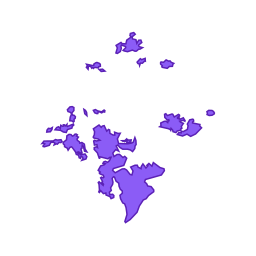 the district of Tongyeong-si, South Gyeongsang, South Korea, rotated 157°
{"feature_id": "91817680B95262291256995", "entity_name": "Tongyeong-si", "entity_type": "district", "adm_level": 2, "iso_a3": "KOR", "parent_name": "South Korea", "parent_adm1": "South Gyeongsang", "projection": "mercator", "projection_center": [128.349, 34.792], "detail": "fine", "context": "isolated", "style": "filled", "palette": "violet", "viewbox_px": 256, "rotation_deg": 157, "n_neighbors": 0, "source": "geoboundaries", "source_scale": "gbopen_adm2", "svg_char_len": 5943}
<svg xmlns="http://www.w3.org/2000/svg" viewBox="0 0 256 256"><g transform="rotate(157 128 128)"><path d="M161.8,42.9L152.6,46.9L148.0,51.8L142.0,55.8L138.9,55.8L135.5,57.8L129.2,59.3L128.5,60.9L129.6,65.0L132.5,66.9L132.6,69.6L133.8,71.9L132.1,73.8L115.6,71.7L111.2,74.5L110.8,76.4L114.0,79.1L118.2,86.3L120.9,83.5L122.6,87.2L125.2,86.3L124.5,85.4L127.1,84.2L128.3,89.1L130.8,87.4L131.9,85.5L134.0,88.0L134.0,90.1L136.1,91.0L140.8,91.0L140.2,86.5L142.7,83.3L144.2,84.4L145.7,89.9L147.1,91.8L149.4,92.6L157.3,91.8L158.7,95.0L157.3,96.4L146.5,95.2L141.0,100.7L142.1,103.2L144.2,102.8L146.1,107.0L148.4,107.9L152.0,107.2L151.8,110.8L147.8,112.9L145.6,110.4L145.9,116.1L144.0,116.3L143.1,113.3L141.2,110.6L136.8,108.7L134.5,107.0L133.0,104.5L129.8,106.4L128.5,108.7L127.0,109.6L125.6,113.4L125.4,116.5L128.7,112.9L130.4,112.7L134.5,113.6L142.7,117.4L142.0,122.2L137.2,126.2L139.3,126.9L142.0,129.4L142.9,126.7L144.4,127.3L146.7,130.1L145.7,133.4L146.5,134.3L148.8,133.4L149.0,139.5L150.9,139.8L152.4,139.1L153.5,142.1L160.2,140.8L160.2,137.7L161.7,134.9L163.6,133.2L163.3,132.1L159.8,129.6L158.6,127.7L162.2,128.4L163.6,129.8L164.7,129.4L165.6,125.4L163.1,124.8L163.7,122.0L164.4,123.0L166.7,123.2L167.5,121.5L165.9,117.1L166.3,111.5L165.9,111.2L165.0,112.4L158.4,107.4L156.3,108.1L155.0,107.7L157.8,105.2L160.2,104.4L161.9,106.2L163.8,106.2L164.9,105.2L162.9,104.0L164.4,103.4L168.0,103.8L172.0,100.7L170.8,98.3L172.0,97.8L171.7,96.7L169.2,94.2L169.3,92.3L170.5,91.9L171.6,93.1L172.7,92.8L172.3,88.8L173.2,88.3L172.5,85.8L173.3,84.9L175.6,89.8L176.7,89.4L176.7,87.4L178.6,81.9L179.9,80.6L179.5,79.8L177.6,81.0L176.3,77.2L173.8,76.8L174.4,74.9L171.4,71.9L171.2,69.6L168.3,69.6L167.4,71.3L168.0,73.0L170.8,73.8L170.2,76.2L167.8,77.0L167.4,79.7L164.2,82.1L163.0,84.0L162.3,87.8L160.4,88.8L159.6,88.0L159.8,83.8L158.1,80.8L159.0,77.8L159.0,74.5L157.9,72.4L158.7,70.2L161.7,69.2L162.5,65.8L162.1,61.1L160.7,59.5L160.9,55.5L162.3,50.2L162.8,48.7L167.4,43.2L167.2,41.9L161.8,42.9ZM178.8,115.9L177.1,117.7L177.7,120.9L181.6,121.7L184.0,124.4L184.2,125.5L182.9,125.4L180.6,122.6L180.0,123.1L179.6,127.0L178.4,127.2L176.8,130.2L176.3,128.2L177.1,123.6L175.2,122.1L175.7,125.5L174.5,130.2L176.1,132.7L178.3,132.9L178.2,134.4L179.4,136.4L179.3,137.7L177.2,139.0L178.6,140.8L177.3,141.5L178.2,142.8L179.7,143.0L180.8,142.2L182.4,142.3L183.0,144.2L184.8,145.2L187.3,144.7L189.2,141.2L193.2,140.1L193.8,138.8L193.1,137.2L193.7,135.6L191.8,133.2L191.8,131.0L189.1,132.8L187.5,132.8L187.0,132.1L185.7,126.6L185.9,123.8L184.7,123.0L184.2,121.4L184.6,119.7L183.6,118.6L182.3,120.3L181.2,118.9L181.3,117.6L183.1,116.3L178.8,115.9ZM88.0,107.0L85.6,105.0L84.0,106.0L80.2,105.4L79.7,106.6L78.5,106.7L78.3,108.6L75.2,110.6L77.5,113.0L77.8,114.1L74.2,113.5L73.0,112.0L72.6,112.5L73.1,115.8L76.6,115.7L76.9,117.3L77.3,116.4L78.6,117.5L78.2,118.4L75.8,118.9L75.6,119.9L76.2,120.8L81.1,120.1L81.4,123.1L82.0,123.7L86.9,124.1L87.6,126.4L89.0,126.3L90.0,123.3L88.7,120.0L87.2,119.7L87.4,118.7L88.4,118.7L89.3,117.5L90.3,119.4L92.2,120.0L95.9,119.8L96.8,117.1L98.3,116.8L91.5,111.9L89.8,110.3L89.6,109.2L88.5,110.8L87.7,108.5L88.0,107.0ZM91.5,195.9L90.1,195.5L87.3,196.4L86.3,195.9L83.2,196.3L85.8,198.4L86.1,199.6L85.9,200.2L81.9,201.3L81.8,203.9L83.9,204.6L86.8,202.5L86.2,206.2L89.0,208.2L88.6,210.3L84.7,211.5L85.4,213.6L88.9,214.1L90.1,212.3L89.6,210.5L94.8,209.4L97.1,206.3L100.5,208.0L101.0,209.5L106.7,208.7L106.5,205.9L109.8,201.8L108.7,200.8L105.2,201.4L103.0,203.9L102.6,206.0L101.7,206.9L98.4,204.0L98.7,202.8L102.2,201.4L101.5,200.5L98.6,198.4L93.5,198.0L91.5,195.9ZM76.1,99.3L73.6,95.8L68.1,96.1L60.2,99.4L61.2,101.9L60.4,103.1L66.6,107.4L66.1,108.3L64.8,108.7L64.5,110.3L65.1,110.9L68.0,111.4L71.9,108.4L71.8,106.6L73.9,103.5L78.4,103.1L80.4,104.2L80.9,102.8L83.1,103.9L85.1,102.7L80.9,99.3L76.1,99.3ZM189.1,149.6L186.6,148.0L184.3,150.2L179.7,149.8L178.6,151.3L176.8,151.9L176.7,153.0L183.3,153.1L183.5,154.0L182.8,155.2L184.7,154.4L185.2,155.7L186.2,156.2L186.4,154.9L187.6,155.2L188.8,156.8L190.5,154.1L191.5,156.3L193.5,156.3L195.9,154.9L191.1,152.3L189.1,149.6ZM65.9,168.5L63.0,167.4L61.7,169.2L60.6,169.6L62.5,171.5L63.1,173.4L64.4,173.6L66.3,175.8L69.6,174.6L71.8,175.9L72.6,175.3L73.0,174.0L72.1,172.0L73.0,171.1L72.4,170.2L68.5,167.6L65.9,168.5ZM199.3,140.7L197.2,141.7L195.5,140.8L194.0,141.2L194.2,143.4L197.8,144.5L199.2,145.7L201.9,145.3L210.5,148.8L213.2,147.3L211.6,146.9L210.8,145.9L213.2,144.7L213.4,144.2L212.4,143.4L207.2,142.8L204.6,144.9L202.0,143.9L201.2,142.8L202.6,141.3L200.2,141.4L199.3,140.7ZM173.2,170.1L176.7,168.5L176.8,166.6L175.0,165.0L174.3,163.1L176.9,160.6L178.8,157.4L176.7,156.3L176.0,154.8L175.0,155.2L174.2,157.2L172.9,157.5L172.0,158.9L172.6,160.7L173.8,161.4L174.0,163.7L171.0,165.2L169.8,168.0L171.0,169.5L173.2,170.1ZM134.7,196.7L131.8,194.9L131.2,195.8L129.3,195.6L128.6,197.5L129.1,198.7L131.0,200.5L132.3,200.6L134.4,200.2L135.0,199.1L135.8,199.1L141.3,202.9L141.1,201.0L142.6,200.2L141.8,197.7L140.5,200.0L139.4,200.0L138.2,198.9L138.0,197.2L137.2,197.5L136.4,196.3L135.7,196.9L134.7,196.7ZM48.4,107.8L45.7,106.9L43.3,107.2L42.6,108.0L42.8,109.8L43.8,111.3L46.8,112.7L49.0,112.2L49.1,110.6L50.0,109.5L48.4,107.8ZM92.6,182.6L92.9,181.0L91.2,182.9L89.4,182.0L86.3,183.2L85.9,182.8L85.0,185.4L88.7,185.6L89.6,187.0L93.9,185.1L93.7,183.5L92.6,182.6ZM143.3,151.8L142.5,153.0L143.0,153.9L146.0,153.2L149.3,155.7L150.8,157.7L153.0,157.8L152.7,155.0L151.2,153.5L150.2,153.1L149.1,154.4L148.3,154.3L146.3,152.2L144.6,152.6L143.3,151.8ZM203.4,157.7L204.4,156.0L200.9,154.9L198.6,156.3L197.5,158.0L199.5,157.7L201.4,158.8L203.4,157.7ZM132.1,114.5L132.0,113.7L131.0,113.9L129.7,115.8L132.1,116.6L133.4,117.7L133.5,118.5L135.9,117.6L138.4,118.6L137.8,117.7L136.0,117.4L136.1,116.7L133.5,117.2L134.7,115.3L133.2,114.0L132.1,114.5ZM130.6,190.5L127.0,189.4L128.4,192.1L131.7,193.1L130.6,190.5ZM161.3,162.4L162.2,158.0L161.0,155.4L160.0,158.6L160.3,160.9L161.3,162.4Z" fill="#8b5cf6" stroke="#5b21b6" stroke-width="1.5"/></g></svg>